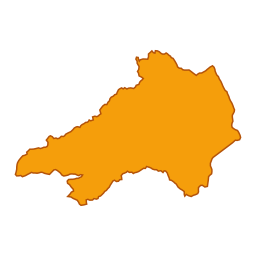 the district of Registro, São Paulo, Brazil
{"feature_id": "56859067B86828019663063", "entity_name": "Registro", "entity_type": "district", "adm_level": 2, "iso_a3": "BRA", "parent_name": "Brazil", "parent_adm1": "São Paulo", "projection": "albers", "projection_center": [-47.856, -24.495], "detail": "fine", "context": "isolated", "style": "filled", "palette": "amber", "viewbox_px": 256, "rotation_deg": 0, "n_neighbors": 0, "source": "geoboundaries", "source_scale": "gbopen_adm2", "svg_char_len": 4031}
<svg xmlns="http://www.w3.org/2000/svg" viewBox="0 0 256 256"><path d="M15.4,174.4L16.7,175.9L18.7,175.8L20.8,175.5L22.4,176.7L25.5,175.6L27.8,174.3L29.8,173.3L31.4,172.4L33.3,173.0L35.1,173.0L37.1,173.2L38.8,172.9L41.1,172.2L42.8,172.5L44.4,173.3L46.9,173.9L49.5,174.4L52.2,171.6L53.9,169.9L55.6,169.6L57.3,170.5L60.1,172.7L62.1,175.2L63.8,176.0L65.9,175.6L68.0,175.1L70.0,174.1L71.9,173.9L73.5,174.1L75.2,174.1L77.0,175.0L78.6,175.6L80.7,174.6L82.6,175.0L81.4,176.8L80.1,177.3L78.4,178.3L76.6,178.3L74.6,179.0L72.6,179.3L70.8,179.3L68.6,179.5L67.2,181.1L67.6,183.3L69.6,184.7L71.2,187.0L73.3,189.3L73.5,191.1L71.4,192.1L69.9,194.2L67.7,196.5L69.2,196.7L71.0,197.0L73.3,198.5L75.0,199.2L77.3,200.3L78.7,202.4L79.4,204.0L81.0,205.3L83.7,204.9L86.7,204.1L86.4,202.6L86.2,199.9L87.9,199.3L89.5,200.1L91.0,200.1L92.6,200.0L93.9,198.6L96.5,199.1L98.0,198.5L98.6,196.6L100.5,196.0L102.0,194.6L103.6,193.0L104.7,191.4L106.4,190.4L107.7,188.7L109.3,187.1L110.2,185.2L111.1,183.9L111.9,182.6L112.8,181.1L114.5,180.2L116.4,181.5L118.5,181.2L119.7,179.7L121.8,179.5L121.6,177.5L121.2,175.6L122.8,173.7L124.3,173.2L126.3,172.3L127.4,171.2L129.4,172.4L131.9,172.2L133.3,173.5L134.7,172.7L136.6,172.3L138.7,171.5L140.2,170.5L141.7,169.5L143.6,168.3L145.4,168.4L146.6,166.5L149.3,167.3L150.8,167.9L152.6,169.1L154.5,169.7L156.6,169.7L158.3,171.1L160.9,170.7L163.0,172.5L164.2,170.8L165.7,171.1L167.2,172.9L168.2,175.7L169.2,178.0L169.6,179.9L171.6,180.4L173.7,181.9L174.9,183.1L176.3,184.1L178.0,187.0L180.1,188.8L182.3,190.1L184.2,191.5L184.3,194.6L184.8,196.1L186.3,194.4L188.4,195.6L191.2,196.5L193.4,195.3L195.7,194.6L197.7,193.6L198.5,191.9L198.4,190.0L198.5,187.5L200.6,185.4L202.4,185.3L204.9,187.0L207.4,186.4L207.9,182.7L208.3,180.1L208.6,176.6L210.1,175.0L211.6,173.8L211.9,171.8L211.9,169.7L211.4,168.2L210.4,165.9L210.4,163.2L212.1,158.7L213.1,157.4L232.6,142.7L234.1,141.3L235.3,140.2L237.2,140.4L239.6,139.7L240.6,137.5L240.0,135.2L238.6,132.2L237.5,130.5L235.2,129.6L233.5,128.5L232.1,127.3L231.7,125.3L232.0,123.3L232.9,121.2L232.6,119.0L232.3,116.9L232.4,115.0L233.2,113.7L234.2,111.7L234.5,109.8L233.8,108.2L232.9,105.6L231.9,103.2L230.4,100.7L229.4,98.5L228.8,96.4L227.5,93.7L226.9,91.7L225.1,90.4L223.8,88.0L222.8,86.0L221.8,83.5L220.8,81.3L219.3,79.0L218.4,76.6L216.8,75.0L216.1,73.5L215.1,71.0L214.9,69.4L214.0,67.2L212.5,65.8L209.9,67.2L208.5,68.4L207.1,69.5L205.7,70.8L203.5,72.0L201.7,73.0L199.4,73.1L197.6,74.2L196.3,75.4L194.5,74.1L192.9,72.9L191.1,71.5L189.1,70.0L186.3,70.1L184.4,70.1L182.7,69.7L181.3,68.3L179.3,68.2L177.6,66.9L176.9,64.8L175.9,62.9L174.6,60.7L173.1,58.4L171.2,57.6L170.5,56.2L169.0,55.3L167.3,53.7L166.1,53.0L164.5,54.1L162.6,54.1L161.1,53.4L159.3,51.8L157.5,50.9L155.4,50.7L154.9,53.1L153.4,52.7L151.9,50.9L150.2,52.5L148.5,54.0L148.5,56.9L147.7,59.2L145.7,59.1L143.0,59.0L140.2,59.8L139.3,61.1L138.5,59.2L138.2,57.5L136.5,57.2L135.9,59.1L137.1,61.2L137.2,63.3L139.1,66.6L138.7,69.5L137.5,71.5L138.4,72.8L139.1,75.9L141.5,77.1L143.3,78.5L142.2,79.8L140.8,80.9L139.7,82.2L138.9,84.4L136.2,85.3L135.5,86.9L133.7,88.5L130.7,87.9L128.4,88.2L126.9,89.0L124.7,87.7L123.2,88.9L121.6,87.9L120.1,88.6L118.5,89.7L117.1,92.5L116.6,94.1L114.7,94.7L113.4,96.1L111.2,97.2L110.0,98.7L109.4,100.9L108.1,102.1L106.8,104.6L104.9,104.4L102.9,105.9L101.6,107.5L99.8,110.0L100.4,112.0L100.9,113.8L99.7,114.6L98.2,116.0L96.8,116.7L94.9,116.2L92.6,116.9L93.3,119.9L90.7,120.8L89.2,120.0L88.5,121.4L87.3,122.3L85.7,122.4L83.8,123.8L82.2,124.5L80.8,125.7L79.9,127.4L77.8,126.7L76.3,126.9L74.3,128.0L73.0,129.6L70.9,131.6L68.1,132.9L65.6,134.3L64.7,135.7L63.5,136.5L61.3,136.3L59.4,138.2L57.4,138.7L56.0,138.0L53.8,138.5L52.3,136.7L50.4,135.8L49.1,136.5L47.6,138.5L46.3,140.1L48.0,142.3L47.8,145.1L47.1,146.5L45.4,147.3L44.0,147.2L42.2,148.0L40.4,148.5L38.5,147.9L35.8,148.6L33.5,149.1L31.7,149.2L29.8,149.2L28.3,150.8L26.7,152.2L27.2,153.9L25.3,155.1L22.8,155.8L21.1,157.6L19.9,159.1L18.8,160.5L17.6,162.7L17.1,164.4L16.8,166.7L16.7,169.3L16.1,172.2L15.4,174.4Z" fill="#f59e0b" stroke="#b45309" stroke-width="1.5"/></svg>